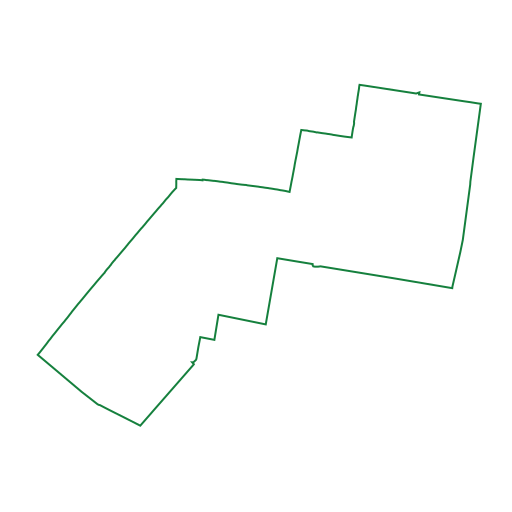 the district of Vadastra, Olt, Romania, rotated 277°
{"feature_id": "2599482B83559341679442", "entity_name": "Vadastra", "entity_type": "district", "adm_level": 2, "iso_a3": "ROU", "parent_name": "Romania", "parent_adm1": "Olt", "projection": "albers", "projection_center": [24.394, 43.851], "detail": "fine", "context": "isolated", "style": "outline", "palette": "green", "viewbox_px": 512, "rotation_deg": 277, "n_neighbors": 0, "source": "geoboundaries", "source_scale": "gbopen_adm2", "svg_char_len": 3668}
<svg xmlns="http://www.w3.org/2000/svg" viewBox="0 0 512 512"><g transform="rotate(277 256 256)"><path d="M434.5,460.6L434.5,457.9L434.8,449.9L434.9,444.5L435.5,422.9L436.2,398.1L438.3,398.2L436.8,395.2L438.4,343.0L438.5,337.9L437.2,337.8L435.8,337.8L434.0,337.8L431.7,337.7L429.7,337.6L428.1,337.6L426.8,337.5L424.4,337.5L421.6,337.4L419.1,337.4L416.3,337.3L413.2,337.3L411.2,337.2L408.1,337.1L404.8,337.0L401.2,336.9L400.6,337.0L400.0,337.2L398.8,337.2L396.9,337.1L396.1,336.9L393.4,336.7L390.3,336.6L386.8,336.5L385.3,336.5L385.3,335.9L385.3,334.1L385.3,332.8L385.3,331.6L385.3,329.5L385.4,325.0L385.5,322.2L385.6,319.6L385.6,318.0L385.8,316.4L385.9,314.1L385.9,312.1L386.0,310.4L386.0,308.7L386.0,306.5L386.1,304.4L386.1,303.5L386.2,302.0L386.0,301.2L386.1,300.6L386.2,299.5L386.4,297.7L386.4,295.9L386.4,293.7L386.5,292.9L386.7,291.8L386.7,290.9L386.6,288.7L386.6,285.6L381.6,285.2L371.6,284.6L368.8,284.4L364.4,284.2L357.6,283.7L356.4,283.6L351.9,283.3L348.9,283.2L344.2,282.9L341.2,282.7L339.3,282.6L336.6,282.4L334.3,282.2L330.9,282.0L327.9,281.8L323.7,281.5L323.9,279.4L324.1,277.7L324.2,276.2L324.3,273.9L324.3,272.2L324.5,270.2L324.6,268.7L324.6,266.6L324.7,265.2L324.8,262.5L324.8,261.0L324.9,259.8L324.9,258.0L324.9,256.6L325.0,254.4L325.0,252.9L325.0,251.4L325.1,250.0L325.1,248.0L325.1,246.1L325.1,244.6L325.1,243.7L325.1,243.2L325.1,242.0L325.1,240.3L325.1,238.9L325.2,238.2L325.3,237.4L325.2,236.4L325.1,233.1L325.1,228.6L325.2,226.2L325.2,222.6L325.4,219.1L325.4,215.7L325.5,213.7L325.4,211.3L325.5,208.7L325.5,205.6L325.4,204.4L325.4,202.6L325.4,202.4L325.4,201.0L325.4,199.0L325.3,197.6L325.4,195.0L325.3,193.7L324.6,193.7L324.6,191.7L324.4,188.6L323.9,182.3L323.6,179.0L323.5,176.5L323.1,172.1L322.8,167.6L321.3,167.7L319.9,167.8L318.7,168.0L315.8,168.3L313.8,168.5L312.4,167.4L311.4,166.7L309.2,165.1L307.2,163.8L303.8,161.7L300.8,159.5L299.6,158.8L298.3,158.0L297.0,157.2L295.1,155.8L293.9,155.1L292.1,153.8L290.5,152.7L288.6,151.5L288.0,151.1L286.1,149.8L284.1,148.5L281.4,146.7L279.4,145.4L276.9,143.7L275.4,142.8L273.5,141.6L271.9,140.5L270.6,139.7L269.6,138.9L268.4,138.1L266.9,137.1L265.8,136.4L264.2,135.4L262.2,134.0L260.9,133.2L259.0,132.0L257.1,130.8L256.1,130.1L254.3,128.9L252.8,127.9L251.4,127.1L250.2,126.3L248.7,125.4L247.6,124.7L246.0,123.6L244.8,122.8L244.6,122.7L243.9,122.2L242.8,121.5L241.6,120.7L240.2,119.8L238.7,118.8L237.5,118.0L236.4,117.2L235.3,116.5L234.6,116.2L233.8,115.5L232.7,114.8L231.9,114.3L231.3,113.9L230.6,113.5L230.1,113.3L229.6,113.1L229.4,112.9L228.8,112.5L228.3,112.2L226.9,111.4L225.7,110.5L224.1,109.4L223.2,108.9L222.0,108.2L220.8,107.7L220.1,107.1L219.0,106.4L218.2,105.8L217.0,105.0L215.6,104.1L213.4,102.6L211.0,101.0L207.7,98.9L204.4,96.7L202.4,95.4L199.6,93.6L197.1,92.0L195.0,90.7L193.3,89.6L192.0,88.8L190.2,87.6L188.6,86.6L187.6,85.9L186.4,85.1L184.9,84.2L182.8,82.9L181.2,81.9L178.5,80.2L177.0,79.4L174.9,78.1L173.8,77.5L171.6,76.2L169.3,74.7L167.7,73.8L166.1,72.7L164.3,71.5L162.3,70.3L159.3,68.4L155.5,66.1L151.9,63.8L149.1,62.2L148.7,62.0L146.6,60.6L144.4,59.4L142.5,58.3L140.2,56.9L138.5,55.9L133.6,52.9L131.3,51.4L130.7,52.3L128.7,55.4L99.8,99.7L89.5,116.9L89.0,118.4L89.0,119.2L87.3,123.7L84.9,130.2L78.3,148.6L73.5,161.8L87.2,171.1L89.6,172.7L140.6,207.3L141.0,207.5L142.7,205.6L142.8,206.3L143.1,207.0L144.6,208.3L145.8,209.2L147.1,209.4L158.8,209.9L168.7,210.6L167.7,224.9L193.1,225.9L189.3,274.0L256.4,277.4L255.5,298.2L254.9,313.2L253.6,313.4L252.7,314.1L252.6,315.6L253.0,319.0L253.6,321.3L250.7,394.9L248.0,454.7L248.9,454.7L249.7,454.7L262.1,456.0L284.6,458.3L297.1,459.3L352.9,459.9L356.0,459.7L380.6,459.9L434.5,460.6Z" fill="none" stroke="#15803d" stroke-width="2"/></g></svg>